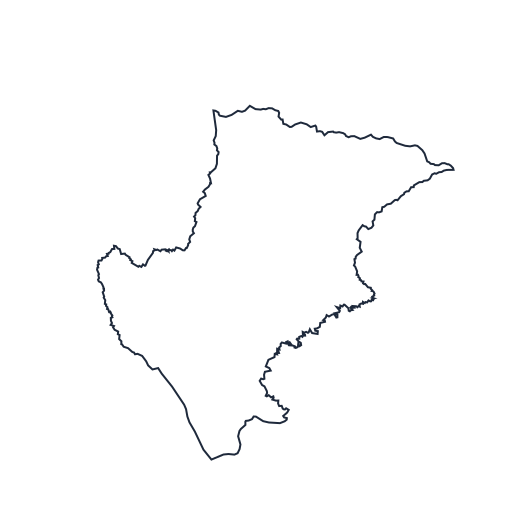 Yan Ta Khao, Trang, Thailand (Robinson projection), rotated 307°
{"feature_id": "78962969B81181946303710", "entity_name": "Yan Ta Khao", "entity_type": "district", "adm_level": 2, "iso_a3": "THA", "parent_name": "Thailand", "parent_adm1": "Trang", "projection": "robinson", "projection_center": [99.737, 7.427], "detail": "fine", "context": "isolated", "style": "outline", "palette": "slate", "viewbox_px": 512, "rotation_deg": 307, "n_neighbors": 0, "source": "geoboundaries", "source_scale": "gbopen_adm2", "svg_char_len": 6152}
<svg xmlns="http://www.w3.org/2000/svg" viewBox="0 0 512 512"><g transform="rotate(307 256 256)"><path d="M66.6,342.9L77.9,349.5L81.3,353.2L84.4,358.3L87.4,360.0L91.9,359.1L96.1,357.0L101.3,350.2L106.3,348.1L108.8,348.0L114.7,349.2L117.3,347.2L118.2,347.1L120.1,349.1L123.3,351.0L126.4,350.7L127.7,352.6L128.4,361.1L130.8,366.5L136.9,375.7L141.3,378.4L143.8,379.0L145.1,378.2L144.0,375.6L144.6,374.0L149.7,375.1L152.8,374.7L152.5,371.7L150.9,371.5L150.3,370.6L150.2,369.2L151.8,366.7L150.1,364.8L151.5,362.4L154.0,360.8L152.5,359.0L151.2,355.5L153.4,355.4L154.3,354.3L152.2,353.1L152.5,349.9L150.4,349.1L150.2,347.9L153.3,347.3L154.6,346.0L157.0,341.2L156.6,338.5L158.5,334.1L161.2,333.9L161.9,335.9L163.0,336.6L166.0,333.9L168.9,332.8L173.3,336.7L174.5,334.1L173.7,330.3L180.6,328.4L186.4,331.6L189.1,329.9L190.1,332.0L190.9,330.8L192.4,332.7L193.5,331.1L192.6,330.2L194.7,328.7L195.5,331.0L196.9,329.5L198.9,330.0L200.6,328.6L202.5,328.7L204.3,333.1L204.9,333.3L205.5,331.9L206.8,332.6L205.4,333.8L204.5,336.0L205.6,337.7L206.0,336.4L205.4,335.5L207.0,334.4L207.4,334.7L206.3,338.3L207.3,341.5L207.2,342.2L206.2,342.1L206.5,343.1L208.3,344.1L210.9,343.6L210.3,345.1L212.0,345.7L213.6,344.0L213.5,342.6L211.8,342.3L213.4,341.4L214.0,338.6L214.8,338.6L216.0,340.3L217.4,339.2L219.4,340.4L219.4,341.7L220.8,341.5L222.0,343.1L222.6,342.5L221.8,340.5L223.5,339.0L223.8,340.7L225.6,341.7L225.9,343.7L226.8,344.0L229.9,343.1L228.2,347.2L230.8,352.1L233.2,350.6L232.0,348.3L233.3,346.7L234.9,348.3L237.8,349.6L241.2,347.6L245.0,350.7L245.8,349.8L245.3,348.3L248.9,348.8L251.3,348.0L251.6,350.7L255.1,352.1L256.7,353.5L255.2,357.2L256.0,357.9L258.2,356.3L258.0,353.6L261.1,356.2L262.6,356.0L263.8,351.2L265.0,354.6L267.2,353.2L267.8,355.5L270.0,355.4L270.4,356.0L269.9,361.2L268.1,363.0L268.3,364.2L269.6,364.3L271.0,365.6L271.6,362.5L272.7,362.6L273.2,364.9L274.0,365.7L274.5,363.7L276.2,366.3L276.1,367.8L277.7,368.0L278.0,369.3L279.6,367.8L281.5,368.7L282.2,370.2L283.7,369.1L283.9,371.2L285.1,371.2L285.8,372.7L288.2,372.6L288.5,374.6L289.1,375.2L290.4,374.8L291.6,376.9L291.3,375.5L292.4,375.8L292.3,374.5L293.1,375.3L292.8,374.2L293.4,373.3L295.6,374.2L296.3,373.3L297.3,373.3L298.2,371.6L298.3,370.2L297.8,369.5L298.6,369.3L298.9,367.4L299.7,366.8L298.4,364.2L299.4,360.1L298.6,359.3L298.6,357.9L300.3,357.2L299.2,355.5L299.9,354.5L299.4,353.1L300.8,352.4L300.7,350.4L301.6,350.1L302.4,348.7L301.5,347.7L304.6,346.0L307.2,341.6L307.4,339.9L310.2,339.1L312.7,336.5L313.9,337.1L315.4,336.1L317.6,336.1L323.1,337.8L325.0,333.9L330.2,331.0L330.1,326.4L331.3,326.5L335.4,323.3L338.3,322.6L344.8,322.6L344.9,324.6L345.7,326.1L345.1,329.5L348.0,331.2L351.0,331.3L353.8,328.3L356.3,328.7L360.8,325.9L363.9,326.3L364.9,328.0L367.2,329.5L371.0,327.5L372.5,328.8L376.1,329.6L378.9,332.2L384.1,333.2L385.2,334.1L385.7,335.5L391.0,335.7L394.4,337.0L395.8,336.4L398.2,337.3L399.6,339.0L404.3,338.5L405.9,340.5L407.4,339.6L413.3,342.0L415.2,344.4L417.0,344.7L419.7,347.5L422.3,348.3L427.1,347.6L429.6,348.9L430.1,350.4L433.1,351.8L434.8,353.7L437.2,354.6L439.6,356.6L443.7,361.9L444.8,360.5L445.4,357.2L445.2,354.6L444.5,353.8L443.7,350.8L442.0,348.7L438.4,347.3L436.3,344.2L436.4,342.7L434.7,339.9L435.1,337.9L434.6,335.8L439.3,328.9L440.6,325.1L441.1,318.7L440.0,316.3L436.3,313.1L433.8,308.8L430.9,300.3L431.1,298.0L432.4,294.8L430.2,289.5L427.9,286.4L423.8,284.4L422.2,281.1L421.5,277.6L422.1,274.8L415.9,271.6L412.3,268.8L410.9,262.4L408.8,259.8L406.6,258.5L406.0,255.6L406.8,254.0L406.6,251.7L404.9,247.8L402.8,245.8L401.6,243.5L401.8,242.7L398.3,239.0L393.6,238.0L395.0,234.1L394.2,232.0L392.1,229.8L395.5,226.2L395.9,224.9L391.9,222.1L391.7,217.2L389.6,211.5L384.6,208.1L380.6,206.7L379.4,205.4L379.2,201.0L378.0,198.3L381.0,195.1L380.1,194.1L380.9,190.1L384.3,188.3L385.2,186.5L384.0,183.6L383.6,180.0L381.7,177.1L379.1,175.5L377.8,173.2L375.8,171.7L373.0,167.2L372.2,160.7L365.5,159.8L362.7,158.0L361.0,154.1L354.0,151.6L349.0,148.3L346.3,142.7L346.6,141.2L348.0,139.7L347.6,136.3L346.6,134.4L332.5,148.5L327.5,151.7L322.9,152.6L321.4,154.8L320.0,155.6L320.0,158.2L318.6,160.3L316.9,161.2L316.5,163.6L314.6,164.6L312.7,164.5L306.1,169.3L301.6,170.8L295.7,169.6L295.0,168.8L294.3,169.7L292.1,169.2L290.2,172.7L287.0,176.3L286.5,175.5L285.7,176.1L282.6,176.4L278.3,175.2L275.5,175.1L275.4,177.3L273.7,179.7L267.6,177.1L262.9,177.7L262.2,178.8L261.8,182.2L259.3,181.8L256.7,182.4L254.1,181.8L252.0,183.1L250.2,182.8L249.6,184.7L247.0,186.2L247.3,188.0L243.1,189.3L241.0,188.9L239.0,189.6L237.5,190.8L236.8,192.7L232.2,191.6L229.1,192.7L227.6,194.9L224.8,194.5L223.8,195.3L220.7,195.9L220.3,195.3L217.5,195.5L216.5,194.1L216.3,190.9L214.8,187.1L211.2,187.6L211.2,185.9L209.3,185.9L209.6,184.7L208.7,183.4L209.0,182.5L208.1,182.3L207.1,183.3L207.2,182.5L206.3,182.2L206.0,180.8L207.0,180.5L206.8,179.6L204.2,176.8L202.3,176.8L201.8,173.3L200.9,172.9L200.2,170.8L199.6,171.7L198.0,170.9L196.4,171.8L187.8,172.0L181.8,173.5L181.3,173.2L181.3,170.8L178.3,171.0L177.9,168.7L176.6,168.5L175.7,160.9L177.5,160.4L177.1,158.1L178.0,158.0L178.1,156.0L178.9,155.8L178.5,151.1L179.0,149.8L176.4,147.1L179.5,143.0L178.8,141.2L179.6,138.2L178.7,136.4L176.4,138.6L174.9,136.8L171.4,137.3L169.8,136.5L169.1,136.9L168.0,135.7L166.8,137.6L165.6,136.5L163.8,136.4L161.9,134.3L161.0,135.1L159.4,135.3L157.6,133.0L156.0,133.6L154.7,135.5L153.5,135.0L151.9,136.9L151.2,136.4L149.4,137.3L147.0,141.5L145.8,141.6L143.9,143.9L142.0,144.1L141.1,145.7L141.6,148.0L140.9,150.0L139.3,152.9L138.1,153.8L138.4,154.3L136.9,155.5L134.8,155.4L132.2,159.2L131.1,159.4L130.0,162.2L126.8,164.1L127.2,165.5L125.9,166.2L125.7,168.2L124.1,168.9L124.6,169.9L122.9,172.3L123.9,172.9L123.5,174.0L122.9,174.1L122.1,177.0L121.3,177.0L120.6,178.2L119.2,177.3L116.9,179.2L115.8,181.3L113.5,181.4L114.6,184.7L113.0,184.8L112.0,187.5L112.7,191.4L110.4,192.7L110.8,194.6L107.3,196.7L106.9,199.8L104.5,201.5L104.8,202.3L103.9,204.9L105.4,209.3L104.9,215.0L105.5,216.7L104.7,218.5L106.6,220.3L107.7,225.2L105.8,231.7L103.7,235.7L103.1,241.6L107.6,245.3L105.3,251.5L101.2,267.5L94.0,288.1L91.6,292.3L86.5,297.8L83.1,303.0L79.0,312.8L69.7,330.6L66.6,342.9Z" fill="none" stroke="#1e293b" stroke-width="2"/></g></svg>